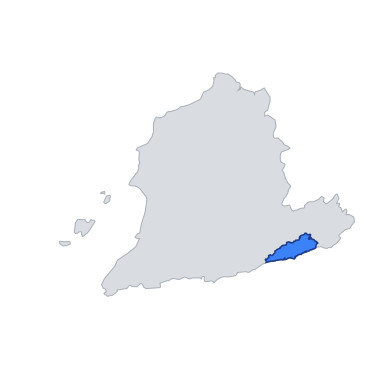 where Asturias sits in Spain, rotated 159°
{"feature_id": "ESP-5805", "entity_name": "Asturias", "entity_type": "Autonomous Community", "adm_level": 1, "iso_a3": "ESP", "parent_name": "Spain", "parent_adm1": "", "projection": "natural_earth1", "projection_center": [-6.051, 43.278], "detail": "fine", "context": "in_parent", "style": "filled", "palette": "blue", "viewbox_px": 384, "rotation_deg": 159, "n_neighbors": 0, "source": "natural_earth", "source_scale": "10m", "svg_char_len": 7545}
<svg xmlns="http://www.w3.org/2000/svg" viewBox="0 0 384 384"><g transform="rotate(159 192 192)"><path d="M204.1,99.5L204.1,100.5L205.8,102.2L210.8,103.2L212.1,103.9L211.9,106.3L210.7,108.3L211.8,109.2L213.0,109.2L214.5,107.5L214.8,108.6L217.1,109.6L222.1,111.5L225.7,111.8L229.4,115.4L235.3,114.8L240.8,118.3L245.8,117.5L246.9,118.2L254.7,118.3L255.1,115.4L256.0,114.2L269.6,118.3L271.3,120.8L271.1,122.0L271.9,124.9L273.6,124.8L277.2,123.2L281.8,125.2L283.1,127.0L284.1,127.1L287.5,125.3L296.9,127.4L297.3,126.1L297.9,125.7L301.8,124.4L303.5,124.1L308.5,125.1L309.1,126.7L310.2,127.4L310.6,128.8L307.7,129.6L307.5,132.1L309.4,134.2L309.7,137.8L304.8,142.5L290.6,150.4L286.0,155.1L275.2,157.5L264.2,161.0L257.7,167.3L259.4,167.8L261.4,169.9L260.8,170.8L257.9,172.3L255.3,172.7L250.6,180.5L244.1,188.5L241.7,192.2L236.6,201.5L236.6,204.2L239.4,213.6L240.9,216.0L243.1,218.1L247.1,219.8L248.1,221.6L246.8,223.2L242.8,226.2L236.0,230.1L233.1,233.2L232.5,236.2L230.5,237.6L229.8,241.8L227.1,247.7L227.0,249.2L229.1,251.3L227.0,252.7L216.3,253.2L209.7,257.8L206.5,261.9L203.6,269.5L199.9,273.9L198.3,274.7L195.8,272.8L192.7,272.5L189.6,273.1L188.0,274.7L185.6,275.6L183.1,274.8L177.9,274.4L175.5,274.5L171.9,275.7L168.7,274.9L163.4,274.5L151.9,275.5L150.5,275.9L145.4,281.1L139.8,281.2L134.8,283.3L131.5,288.2L130.8,290.9L129.8,290.3L129.0,290.5L128.6,292.5L125.2,293.8L121.2,292.1L118.0,289.7L116.3,289.5L113.5,285.6L112.3,283.2L111.5,280.5L111.4,278.7L109.0,277.6L108.4,275.2L110.2,272.0L112.5,270.3L110.3,270.4L108.7,272.5L106.7,269.2L98.4,262.9L98.8,260.6L97.4,262.3L96.4,262.8L92.2,262.5L87.3,263.3L85.2,252.6L86.5,248.8L92.0,241.4L95.5,240.4L96.9,236.6L93.7,236.8L88.7,229.5L90.1,222.8L95.1,217.7L95.9,215.6L96.1,213.7L95.2,212.4L92.4,211.7L89.6,206.3L89.0,203.0L86.7,201.1L84.8,197.8L86.6,197.3L93.6,197.3L95.3,196.4L96.6,194.2L98.0,190.5L98.3,188.3L95.6,185.1L95.5,184.5L95.8,183.4L100.1,179.9L99.3,177.2L100.0,171.7L99.6,168.4L99.2,165.8L97.7,162.4L98.7,161.0L100.9,159.8L102.7,157.0L105.3,154.6L108.7,152.7L112.7,148.6L112.1,146.8L110.7,145.7L105.8,144.9L105.5,144.1L105.5,139.7L104.3,137.9L102.5,138.1L99.8,137.3L99.1,137.8L95.7,137.7L93.2,136.9L92.2,137.5L91.9,139.1L87.9,140.7L85.6,140.7L81.9,139.3L77.6,139.8L77.1,139.4L73.5,141.2L72.3,141.3L70.8,139.1L72.8,135.9L71.1,132.9L70.0,132.8L63.2,135.0L59.3,137.9L57.7,138.3L57.2,137.8L57.1,133.6L61.2,129.2L58.6,128.9L58.7,127.6L60.4,125.6L58.7,124.1L58.8,119.6L55.1,121.0L54.2,120.8L54.1,119.0L56.4,115.5L54.1,115.1L52.3,113.7L50.1,110.8L50.1,109.3L51.3,105.6L54.5,103.9L57.7,101.4L62.0,101.9L68.4,99.8L70.6,98.7L70.6,97.2L69.8,96.1L70.5,95.0L75.7,92.1L78.9,91.7L82.1,90.2L84.2,91.2L86.1,90.9L88.2,92.0L91.1,94.7L95.2,95.7L98.5,94.9L115.5,94.6L120.3,93.3L124.0,95.0L131.3,95.7L135.6,97.1L147.7,99.3L152.0,99.4L160.7,97.1L163.1,97.7L166.6,96.6L168.3,96.8L170.5,98.4L178.2,100.5L180.2,98.7L181.7,98.3L187.3,99.4L192.9,101.6L195.8,101.8L200.0,101.2L204.1,99.5ZM309.4,194.4L311.5,195.3L313.6,194.5L314.7,194.8L315.8,195.2L316.2,196.8L311.9,205.0L308.3,207.3L304.6,205.5L302.5,205.1L301.8,204.4L301.3,201.8L300.3,200.9L298.9,200.6L296.1,202.6L295.2,201.2L293.8,201.0L293.3,200.2L293.3,199.1L301.8,192.7L304.3,191.3L309.6,189.7L310.4,189.9L309.7,190.9L310.5,191.8L309.4,194.4ZM333.9,191.1L333.2,193.4L326.6,190.3L324.5,190.0L323.9,189.5L324.1,187.2L328.4,186.9L331.9,188.0L333.9,191.1ZM274.3,217.4L273.6,219.0L270.3,218.4L269.6,217.8L270.3,215.9L271.2,215.7L271.2,214.4L272.1,213.1L276.7,212.0L277.7,212.9L278.0,214.2L275.3,217.0L274.3,217.4ZM277.6,223.9L277.1,224.2L273.6,223.9L273.5,222.8L274.2,221.3L275.5,222.8L277.5,223.1L277.6,223.9Z" fill="#d9dde1" stroke="#a8b0b8" stroke-width="1"/><path d="M95.5,97.6L95.8,97.2L95.8,96.8L96.0,96.5L96.2,96.3L96.4,95.6L97.6,95.4L99.6,95.3L100.0,95.4L101.2,95.3L102.0,95.6L102.6,95.6L103.7,95.1L104.8,95.2L105.8,95.5L106.6,95.9L106.8,95.7L107.0,95.7L107.6,95.7L107.5,95.3L107.4,95.2L107.7,95.2L108.2,95.5L108.5,95.5L109.6,95.3L110.6,95.3L110.9,95.3L111.5,95.0L112.0,94.9L112.2,94.7L112.5,94.6L113.2,95.1L113.4,95.2L115.0,95.3L115.4,95.2L115.7,95.3L116.0,95.2L116.3,95.0L116.6,94.8L119.0,94.8L119.1,94.6L119.0,94.4L118.9,94.2L119.2,93.9L119.1,93.6L119.7,93.6L119.9,93.4L120.0,93.1L120.2,92.9L120.5,92.9L121.2,93.2L121.6,93.5L122.8,94.8L123.1,95.3L123.3,95.3L123.4,95.0L123.5,95.1L123.8,95.5L124.9,95.7L129.0,95.5L129.6,95.7L129.7,96.0L129.4,96.5L129.1,96.8L129.2,97.0L129.4,96.8L129.9,96.7L130.1,96.6L130.2,96.4L130.3,96.3L130.4,96.1L130.7,96.1L131.6,96.1L131.9,96.3L133.4,97.2L134.1,97.4L135.9,97.5L136.4,97.6L136.6,97.9L136.9,97.8L138.3,98.2L138.5,98.1L138.8,97.9L139.0,97.9L139.7,98.2L141.2,98.4L142.9,99.2L143.3,99.3L147.9,99.7L147.8,99.8L147.9,100.1L147.7,100.5L147.4,100.9L147.4,101.1L147.5,101.3L147.7,101.8L147.8,102.2L147.7,102.4L147.7,102.7L147.5,102.8L147.4,102.9L147.2,103.0L147.1,102.9L147.0,102.6L146.8,102.5L146.5,102.4L146.2,102.4L145.7,102.6L145.6,102.8L145.4,103.0L145.2,103.1L144.8,103.1L144.6,103.1L144.4,103.1L144.2,103.1L143.9,103.1L143.7,103.3L143.5,103.6L143.6,104.0L143.5,104.3L143.5,104.5L143.5,104.8L143.3,105.0L143.2,105.2L142.6,105.1L142.4,105.1L142.2,105.2L141.6,105.3L141.3,105.3L140.7,104.3L140.3,104.0L140.1,104.0L139.9,104.0L139.7,104.0L138.6,104.5L138.3,104.8L137.7,105.1L136.9,105.3L136.5,105.5L136.3,105.7L136.1,106.1L136.0,106.4L135.9,106.8L135.7,107.1L135.4,107.3L135.1,107.4L134.9,107.3L134.7,107.2L133.4,107.7L131.5,108.0L130.4,107.8L130.1,107.8L129.9,108.0L129.8,108.5L129.6,108.7L129.4,108.8L129.2,108.8L128.0,108.9L127.9,109.0L127.8,109.3L127.7,109.4L127.5,109.5L127.1,109.4L126.6,109.6L126.4,109.6L126.2,109.6L125.8,109.4L125.4,109.3L125.1,109.3L124.6,109.2L124.1,108.9L123.8,108.9L123.2,108.9L122.9,109.0L122.7,109.1L122.6,109.3L122.5,109.5L122.4,109.6L122.3,109.8L122.2,109.9L122.1,110.1L122.1,110.4L122.0,110.5L121.9,110.7L121.7,110.9L121.2,111.0L120.3,110.9L120.1,110.9L119.4,110.6L119.3,110.4L119.1,110.4L118.8,110.2L118.6,110.0L118.1,109.7L117.9,109.6L117.9,109.4L117.8,109.2L117.7,108.8L117.6,108.7L117.4,108.6L116.8,108.7L116.5,108.7L115.5,108.5L115.3,108.6L115.2,108.7L115.2,108.9L115.1,109.1L115.0,109.3L114.6,109.5L114.3,109.5L114.1,109.4L113.5,109.2L113.0,109.1L112.7,109.2L112.6,109.3L112.5,109.7L112.4,109.8L111.9,109.7L111.0,109.3L110.7,109.3L110.3,109.2L110.1,109.1L109.9,108.9L109.6,108.8L109.0,109.1L108.9,109.3L108.7,109.6L108.6,109.8L108.5,110.1L108.3,110.3L107.9,110.4L107.3,110.4L107.2,110.5L107.3,110.8L107.8,111.0L107.9,111.3L107.8,111.5L106.7,112.0L106.4,112.1L105.7,112.3L104.5,112.3L104.4,112.2L104.2,112.1L103.9,112.1L103.0,112.1L102.6,112.2L102.2,112.3L101.8,112.6L101.7,112.7L101.5,112.9L101.3,113.0L101.1,113.0L101.0,112.7L100.6,112.5L100.0,112.4L99.8,111.4L99.8,111.2L99.6,110.9L99.1,110.5L98.9,110.4L98.6,110.4L98.4,110.4L98.2,110.3L98.0,110.2L97.5,109.5L97.4,109.5L97.4,110.1L97.2,110.3L96.9,110.2L96.6,109.7L96.7,109.4L96.8,109.2L97.0,109.2L97.3,108.9L97.3,108.6L97.5,108.3L97.5,108.2L97.8,108.1L98.0,108.1L99.0,107.8L99.1,107.7L99.9,107.0L99.9,106.8L99.9,106.5L99.6,106.0L99.4,105.8L99.2,105.6L98.9,105.7L98.8,105.9L98.8,106.0L98.7,106.2L98.5,106.3L98.3,106.4L97.9,106.6L97.6,106.7L97.4,106.7L97.1,106.4L97.0,106.2L97.0,105.8L97.1,105.4L97.1,105.2L96.8,105.0L96.5,104.8L96.3,104.5L96.1,104.5L95.5,104.1L95.4,104.0L95.3,103.8L95.1,103.5L95.0,102.4L94.8,102.3L94.6,102.2L94.2,101.9L94.1,101.7L93.9,101.4L93.9,101.1L93.8,100.9L93.9,100.6L93.8,100.4L93.6,100.2L93.3,100.2L93.0,100.1L92.9,100.0L92.9,99.8L93.0,99.3L93.0,99.1L93.4,98.9L93.6,98.9L93.8,99.0L94.0,99.0L94.3,98.9L94.5,98.7L94.8,98.3L95.4,97.7L95.5,97.6Z" fill="#3b82f6" stroke="#1e3a8a" stroke-width="1.5"/></g></svg>